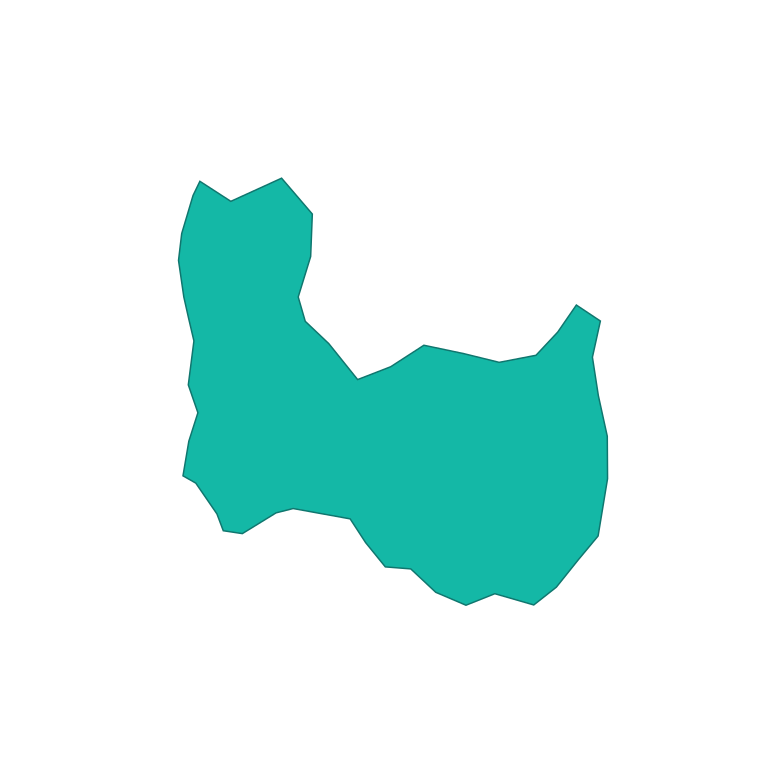 outline of Kouka, Limassol, Cyprus, rotated 242°
{"feature_id": "46923920B99652705680289", "entity_name": "Kouka", "entity_type": "district", "adm_level": 2, "iso_a3": "CYP", "parent_name": "Cyprus", "parent_adm1": "Limassol", "projection": "mercator", "projection_center": [32.894, 34.853], "detail": "fine", "context": "isolated", "style": "filled", "palette": "teal", "viewbox_px": 768, "rotation_deg": 242, "n_neighbors": 0, "source": "geoboundaries", "source_scale": "gbopen_adm2", "svg_char_len": 795}
<svg xmlns="http://www.w3.org/2000/svg" viewBox="0 0 768 768"><g transform="rotate(242 384 384)"><path d="M329.9,173.2L318.4,188.7L320.9,228.2L316.7,245.3L280.8,290.8L252.6,293.3L221.9,299.3L208.2,320.8L175.8,331.9L150.2,352.5L146.8,383.4L118.6,412.5L123.7,440.8L137.4,472.6L149.3,501.7L156.9,507.5L195.4,536.9L233.0,556.6L273.1,567.8L309.8,580.6L338.0,604.6L363.4,590.9L348.3,561.8L338.0,531.7L349.1,495.7L349.9,494.9L373.0,469.1L399.5,437.4L396.1,398.0L400.3,362.8L445.6,354.2L476.3,343.9L501.1,349.1L531.0,379.1L567.7,400.5L613.8,390.2L617.2,334.5L649.4,316.6L640.1,303.9L611.8,276.0L589.6,260.6L554.8,248.1L534.4,242.5L511.3,236.4L475.1,210.8L446.0,206.2L425.1,184.8L397.3,163.4L384.8,171.3L381.2,171.7L347.7,175.5L329.9,173.2Z" fill="#14b8a6" stroke="#0f766e" stroke-width="1.5"/></g></svg>